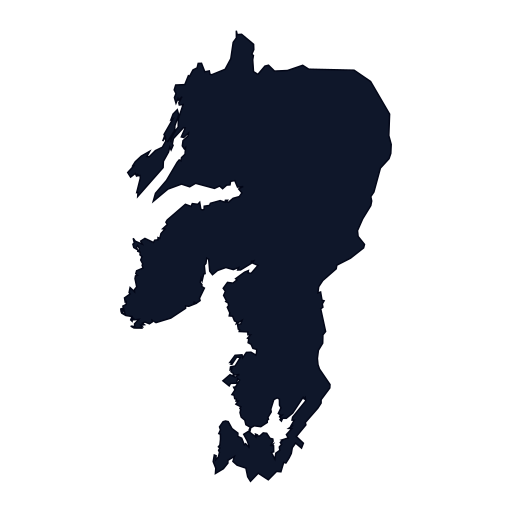 Fusa nor, Hordaland, Norway (Albers equal-area conic projection)
{"feature_id": "86288312B62165724203406", "entity_name": "Fusa nor", "entity_type": "district", "adm_level": 2, "iso_a3": "NOR", "parent_name": "Norway", "parent_adm1": "Hordaland", "projection": "albers", "projection_center": [5.703, 60.194], "detail": "fine", "context": "isolated", "style": "filled", "palette": "ink", "viewbox_px": 512, "rotation_deg": 0, "n_neighbors": 0, "source": "geoboundaries", "source_scale": "gbopen_adm2", "svg_char_len": 6092}
<svg xmlns="http://www.w3.org/2000/svg" viewBox="0 0 512 512"><path d="M354.1,70.2L308.8,69.2L302.7,65.3L287.5,70.5L274.5,71.1L268.5,65.2L264.9,66.1L257.9,74.4L253.5,71.6L252.7,59.8L253.4,55.5L251.8,54.3L253.8,49.6L253.6,44.3L241.6,34.3L237.2,34.6L236.3,30.7L236.4,37.9L233.2,42.3L230.8,58.7L225.1,69.3L211.6,74.8L209.9,74.1L209.3,70.9L204.8,71.8L201.5,63.3L198.2,63.4L197.1,67.9L193.0,69.9L189.6,76.3L188.4,75.7L184.8,84.6L175.7,85.0L174.2,89.9L176.0,93.5L174.4,97.6L176.0,103.2L178.0,98.5L178.6,100.0L182.0,96.6L178.8,102.9L179.3,105.0L183.1,104.5L178.3,119.1L178.2,127.1L173.9,132.6L174.8,132.2L171.4,138.1L170.8,142.3L171.0,137.0L167.3,142.2L174.7,130.1L174.9,125.7L178.7,114.9L177.3,109.7L173.1,114.0L170.9,119.8L173.0,118.8L164.0,134.5L164.7,135.9L162.7,141.1L165.4,137.0L165.8,141.0L162.4,147.2L155.4,150.6L149.2,156.8L146.8,156.5L149.7,151.3L141.3,156.1L135.3,161.7L132.7,165.8L133.8,165.9L127.7,172.5L130.6,177.1L135.3,173.4L136.4,175.8L137.9,173.8L137.5,175.8L140.1,175.5L140.3,178.2L136.7,192.6L138.0,192.4L137.7,196.5L163.1,167.6L163.4,161.3L168.5,152.1L169.8,147.0L171.1,149.9L173.1,145.3L172.3,144.1L173.4,138.6L183.5,127.6L185.2,128.0L181.3,136.9L183.7,137.5L188.5,133.0L188.1,136.0L183.0,140.7L182.3,145.9L184.3,148.9L185.6,147.5L185.0,154.3L181.5,157.6L181.0,160.8L179.2,159.9L177.2,162.3L166.5,180.4L155.5,193.3L153.2,201.4L167.9,189.1L181.5,184.1L189.7,186.8L195.6,183.3L214.5,188.4L219.6,186.0L222.6,188.7L226.7,185.1L230.0,184.9L230.6,181.3L234.8,180.6L237.5,187.1L243.2,186.5L238.7,189.0L241.9,192.9L239.3,196.6L233.1,198.3L228.3,202.4L226.6,201.8L227.6,200.3L225.4,200.3L224.9,202.3L220.2,200.6L210.4,203.3L209.6,205.4L204.2,206.2L204.1,209.4L202.4,210.0L200.8,209.2L199.7,202.3L197.8,204.3L192.3,203.6L191.1,206.4L185.4,204.3L167.3,219.9L165.9,222.2L167.4,224.5L162.7,228.8L165.0,229.1L161.0,233.5L159.8,238.3L158.0,237.6L158.0,239.8L154.7,240.2L153.5,242.5L144.9,238.4L140.7,241.1L142.4,244.2L135.3,241.2L133.2,238.3L134.3,243.0L132.9,244.2L133.8,247.5L137.3,249.6L136.6,247.1L137.6,245.5L139.4,248.3L138.7,251.1L137.2,251.0L140.2,252.3L140.0,254.9L142.0,256.6L140.7,260.0L142.8,264.0L142.1,265.2L143.1,268.0L136.6,270.8L135.8,273.6L137.5,275.2L135.5,275.9L135.0,278.6L136.7,286.9L134.4,289.7L134.6,291.9L130.1,287.6L129.1,292.6L130.2,293.9L124.5,297.9L125.2,302.0L126.3,301.5L126.2,304.4L122.9,306.1L125.3,314.3L122.5,312.9L123.3,310.8L122.2,308.5L120.8,309.0L121.1,311.6L121.7,313.1L125.8,315.5L132.0,316.5L130.7,319.9L132.1,321.2L132.5,317.7L134.3,319.3L133.1,319.9L138.9,319.3L134.5,323.9L134.9,326.5L130.7,326.1L134.0,328.0L141.4,328.1L140.7,327.4L142.6,327.0L140.8,325.2L144.3,324.7L142.3,323.2L144.9,322.0L149.4,323.8L152.3,321.9L152.0,320.2L156.0,322.6L170.8,318.1L185.6,308.3L185.6,305.9L188.8,306.3L195.1,303.8L193.6,303.2L194.1,302.0L196.4,303.2L200.1,300.6L199.5,298.2L204.4,288.1L201.7,286.5L202.0,284.8L200.2,282.4L201.1,278.0L202.1,280.8L203.7,274.0L205.1,273.6L204.3,265.2L205.9,263.5L206.7,258.1L208.7,259.2L209.7,271.1L212.5,274.7L217.5,270.5L225.9,267.5L233.3,269.6L238.7,267.5L237.7,270.0L240.6,269.9L251.2,263.4L251.7,261.1L253.9,260.7L252.5,263.0L258.0,265.4L251.1,273.4L248.0,272.8L248.4,270.6L244.5,272.2L235.6,278.7L237.0,279.9L233.0,283.1L227.5,282.4L223.2,288.3L225.4,291.3L223.6,295.4L226.4,300.7L225.7,301.5L228.2,303.0L228.6,305.7L227.3,307.2L229.8,312.9L229.2,315.9L232.6,316.2L234.5,320.9L237.0,322.1L236.4,323.6L242.2,320.2L240.7,324.1L237.5,324.2L238.3,329.1L239.5,329.5L239.2,331.5L247.8,331.9L247.9,334.8L250.6,334.9L247.5,338.2L248.8,338.9L248.1,342.7L251.1,344.3L252.9,348.4L256.7,349.4L256.5,353.1L255.8,355.1L251.0,352.2L246.4,352.4L242.7,357.7L242.0,354.8L235.1,355.3L229.9,362.4L232.8,362.2L230.8,364.1L231.8,364.4L236.7,357.1L240.4,357.5L235.1,366.0L230.5,366.9L230.1,369.8L231.7,368.9L231.0,371.7L233.4,373.4L233.2,375.2L239.6,374.4L235.4,377.2L230.0,374.7L222.9,380.8L229.2,385.9L230.5,383.4L236.5,383.2L237.7,378.5L239.6,380.1L235.6,386.9L233.6,387.2L235.0,389.9L231.9,394.6L234.1,395.2L234.7,398.6L236.4,399.2L236.0,401.1L238.3,401.1L235.9,404.2L240.9,406.8L239.9,408.3L240.7,409.5L240.0,412.6L241.2,417.1L244.8,420.1L245.9,424.7L250.4,427.3L249.2,429.8L250.0,431.0L250.8,427.7L254.3,425.8L260.8,426.7L267.3,422.4L267.2,420.3L268.5,419.3L267.9,417.4L271.2,412.0L270.8,409.2L273.8,399.6L277.2,397.8L279.4,399.1L279.5,405.2L281.0,407.8L278.3,413.5L280.4,414.8L279.9,416.0L281.9,415.3L280.1,417.5L281.2,418.6L280.0,419.7L281.4,421.1L282.6,418.3L286.3,418.3L292.7,413.0L303.1,397.3L304.2,399.0L305.2,397.5L305.8,400.8L292.6,417.2L292.0,420.1L294.3,420.2L291.1,425.6L293.2,425.3L288.7,428.4L291.8,428.6L286.4,434.6L288.3,437.9L281.7,440.0L282.5,440.3L280.3,442.5L281.6,444.4L279.3,447.0L279.8,450.3L275.8,453.2L274.9,459.2L271.4,452.5L273.7,451.8L273.6,445.8L272.3,445.6L273.1,444.2L270.3,445.8L273.1,441.2L272.8,439.0L270.0,438.3L266.7,433.3L263.2,432.9L259.8,436.0L256.3,435.9L257.2,434.8L255.5,434.1L255.8,437.0L248.5,431.3L243.7,434.3L247.2,440.8L249.2,446.3L248.9,447.4L245.6,443.7L244.3,444.8L241.7,438.2L237.8,436.4L237.9,433.1L232.0,428.6L228.2,421.6L225.5,421.0L223.1,421.7L219.5,426.9L220.5,429.8L218.8,433.6L220.4,434.2L220.5,439.2L219.9,445.0L218.4,446.8L219.9,448.0L218.6,450.3L219.5,452.3L218.3,457.2L215.8,459.8L216.1,455.7L214.3,455.0L213.2,461.6L215.8,468.2L215.4,473.5L223.4,468.7L227.9,463.1L227.9,460.3L234.5,456.4L232.9,461.4L237.1,465.2L245.9,468.1L247.7,476.8L250.5,481.3L258.2,473.2L268.3,479.8L276.6,471.4L280.9,471.8L283.7,462.4L285.9,463.0L289.0,458.1L291.3,453.5L292.3,447.7L295.6,443.1L301.5,448.1L303.4,443.2L296.3,436.5L305.9,424.9L305.3,422.5L317.8,408.2L321.1,403.1L321.1,399.7L329.8,388.0L330.0,384.5L319.5,369.1L318.0,364.7L317.4,358.4L318.4,350.3L322.7,343.2L322.9,334.9L325.6,331.5L320.7,308.8L322.9,307.2L322.3,303.9L324.1,300.8L322.0,300.2L320.6,292.0L317.9,292.9L318.7,286.7L322.8,280.5L336.2,268.8L336.8,265.2L350.5,258.2L363.6,247.9L364.5,244.4L358.1,236.4L357.5,230.6L362.7,218.8L370.8,205.6L371.7,201.0L370.8,196.6L373.9,192.0L380.4,168.1L389.0,158.7L390.8,153.4L391.2,144.4L388.8,135.6L389.6,114.1L370.6,81.5L354.1,70.2Z" fill="#0f172a" stroke="#020617" stroke-width="1.5"/></svg>